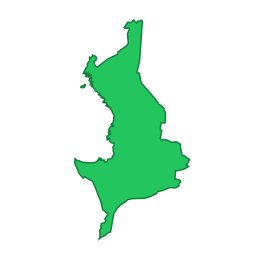 map outline of Atyrau (Albers equal-area conic projection), rotated 83°
{"feature_id": "KAZ-3198", "entity_name": "Atyrau", "entity_type": "Region", "adm_level": 1, "iso_a3": "KAZ", "parent_name": "Kazakhstan", "parent_adm1": "", "projection": "albers", "projection_center": [51.054, 47.461], "detail": "fine", "context": "isolated", "style": "filled", "palette": "green", "viewbox_px": 256, "rotation_deg": 83, "n_neighbors": 0, "source": "natural_earth", "source_scale": "10m", "svg_char_len": 5864}
<svg xmlns="http://www.w3.org/2000/svg" viewBox="0 0 256 256"><g transform="rotate(83 128 128)"><path d="M28.0,119.5L24.1,116.4L23.3,115.6L23.0,115.1L22.9,114.7L23.1,114.3L23.4,113.7L23.8,113.3L23.9,113.0L23.8,112.8L23.1,111.5L21.7,109.5L21.5,109.1L21.9,108.9L23.7,107.9L24.6,107.1L24.9,106.5L24.6,106.0L23.4,105.8L23.0,105.4L23.1,104.8L23.3,104.2L23.4,103.7L23.3,103.0L22.7,102.2L22.6,101.9L22.7,101.7L23.1,101.4L23.5,100.7L62.8,108.3L74.3,112.6L74.9,110.1L85.0,109.4L103.0,97.0L104.7,96.6L105.7,95.6L106.9,95.1L107.9,95.0L110.1,92.1L112.5,90.1L114.7,89.9L117.1,89.0L125.6,90.0L127.2,90.5L127.5,91.6L126.8,94.2L130.3,95.5L132.1,95.8L134.0,95.9L134.8,94.8L142.5,97.2L143.9,96.5L143.9,95.1L144.5,91.2L147.7,86.0L147.4,82.0L150.6,77.9L151.8,78.2L159.5,78.0L161.9,77.3L162.6,76.8L162.3,75.8L162.8,75.0L166.9,70.8L168.4,72.2L171.0,73.4L171.1,74.3L172.0,74.8L173.5,72.5L175.3,76.4L176.1,80.1L176.2,83.2L176.5,84.8L176.1,86.0L184.3,87.6L185.2,84.6L186.1,83.0L187.0,82.3L188.2,82.5L188.9,83.7L190.0,84.4L191.9,84.5L193.2,88.1L193.1,89.9L192.7,90.7L192.3,94.8L193.5,98.3L194.4,102.3L194.6,105.9L196.9,108.4L199.3,116.5L199.7,120.4L198.7,132.0L198.9,136.7L200.9,139.4L203.1,144.3L206.1,148.3L211.0,152.4L229.0,158.0L229.8,161.4L231.9,164.1L232.5,165.7L233.1,167.8L234.5,170.0L231.9,169.0L230.7,169.1L228.9,168.5L226.6,168.8L225.2,168.0L224.3,166.6L222.1,167.0L219.5,166.0L219.2,162.8L217.2,161.1L215.7,162.1L210.9,158.4L205.9,163.1L198.1,163.9L180.4,168.4L179.6,169.1L178.3,169.0L176.5,169.7L173.0,174.7L170.9,177.0L172.4,178.6L167.4,182.0L156.1,185.2L152.0,184.3L152.3,183.9L152.5,183.8L153.1,183.5L153.3,183.3L154.0,182.2L154.3,181.6L154.7,180.3L155.1,179.7L155.7,178.9L155.9,178.6L156.4,177.2L156.8,176.3L156.9,175.8L156.8,175.2L156.8,175.4L156.7,174.9L156.8,174.5L157.3,173.7L157.5,173.2L157.6,172.7L157.7,170.4L158.3,167.5L158.2,165.2L157.6,163.4L156.5,162.1L155.3,161.0L155.8,161.0L156.5,161.6L156.9,161.8L156.9,161.6L156.5,161.3L156.3,160.8L156.3,160.2L156.4,159.6L156.0,159.8L155.5,160.3L155.0,160.7L154.5,160.5L154.5,159.9L154.7,159.0L155.4,157.6L155.4,158.2L155.7,158.5L156.1,158.5L156.5,158.2L156.7,157.7L156.7,156.5L156.9,155.9L157.1,156.6L157.3,156.4L157.7,155.5L157.9,155.4L158.6,155.4L159.0,155.2L159.1,154.7L159.1,153.4L158.6,152.7L157.9,152.4L157.2,152.3L156.7,152.1L156.6,151.7L156.6,150.6L156.1,148.3L155.7,147.4L155.6,147.0L155.4,146.8L154.4,147.0L154.0,146.9L153.6,146.5L152.7,145.2L152.4,144.9L151.3,145.0L149.3,145.5L148.0,145.3L145.5,145.3L144.9,145.2L144.5,144.9L143.7,144.1L143.3,143.9L141.9,143.7L141.4,143.8L141.2,144.1L141.1,144.5L141.1,145.3L141.1,145.6L140.1,147.0L139.7,147.3L137.6,148.1L136.9,148.2L136.2,147.6L135.9,147.7L135.7,148.0L135.8,148.4L136.7,148.9L137.0,149.4L137.1,149.7L137.2,150.1L134.2,150.1L133.6,149.8L133.3,149.5L133.2,149.3L133.2,148.8L132.8,148.6L132.0,147.8L131.8,147.7L131.6,147.5L131.6,147.1L132.1,146.3L132.0,146.0L131.6,145.9L131.2,146.4L130.7,147.7L130.3,147.9L129.6,147.9L128.8,147.7L128.3,147.4L129.0,146.4L129.2,146.2L128.8,146.1L128.2,146.3L127.2,147.0L126.8,147.0L126.3,146.7L125.8,146.4L125.5,145.9L124.6,145.2L124.3,144.7L124.7,143.3L124.7,142.6L124.3,142.1L123.8,142.0L123.3,142.4L123.2,143.0L123.0,143.7L122.8,144.4L122.4,144.4L121.9,143.8L121.3,142.7L120.9,142.2L120.3,142.0L118.9,141.7L117.6,141.2L114.7,140.6L113.8,140.0L113.2,140.2L112.2,140.9L111.3,141.4L108.4,142.1L107.9,142.3L107.3,143.2L106.9,143.4L106.6,143.3L106.1,142.8L105.8,142.7L105.6,142.8L105.4,143.1L105.4,143.3L105.5,143.4L105.4,143.7L103.6,146.8L103.2,147.1L102.9,146.6L103.0,146.2L103.5,145.5L103.6,145.1L103.4,144.9L103.1,145.0L102.3,145.9L101.8,146.2L101.1,146.4L100.7,146.2L100.4,146.1L100.2,146.8L100.1,148.4L99.9,148.9L99.6,149.4L99.3,149.7L98.9,149.5L99.3,148.9L99.5,148.4L99.5,148.0L99.0,147.9L98.2,148.1L97.8,148.5L97.6,148.4L96.7,147.6L96.4,147.4L96.1,147.4L95.8,147.9L95.1,150.0L94.7,150.4L94.8,149.9L94.9,148.8L94.6,149.0L94.1,150.1L93.9,150.2L93.5,150.3L93.1,150.5L92.1,152.5L91.6,153.0L91.2,152.9L91.2,152.6L91.3,152.2L91.4,151.8L91.2,151.7L90.9,151.8L90.2,152.2L88.1,154.4L87.5,155.5L87.1,156.0L86.6,156.1L85.8,156.0L85.5,156.1L85.2,156.3L84.7,157.0L83.9,157.4L83.6,157.9L83.3,157.9L82.6,157.7L82.3,158.0L82.3,158.6L82.1,159.0L81.5,158.8L81.3,158.3L81.1,158.1L80.8,158.2L80.8,158.9L80.7,159.3L80.5,159.1L80.1,158.5L79.8,158.3L79.5,158.3L79.5,158.6L79.5,159.4L79.5,159.7L78.0,157.7L77.7,157.5L77.6,158.2L77.8,159.6L77.3,159.4L77.1,159.6L76.9,160.0L76.7,160.3L76.5,159.5L76.2,159.1L74.9,158.5L74.5,158.2L74.2,157.8L74.2,157.1L74.2,158.1L74.3,158.7L74.6,159.1L74.8,159.9L75.0,160.3L74.7,160.2L73.9,159.9L74.0,159.1L73.5,158.5L73.3,158.4L73.2,158.5L73.1,158.9L72.4,158.7L71.6,158.4L70.9,157.9L70.5,157.2L70.7,158.1L72.1,159.8L72.4,160.9L72.0,160.7L71.1,160.6L70.8,160.2L70.5,159.7L70.3,159.3L69.8,159.3L69.8,159.5L70.2,159.9L70.3,160.6L70.4,161.2L71.0,161.6L71.8,162.5L71.9,163.1L71.9,163.5L71.8,163.8L70.8,163.1L70.4,162.6L69.5,161.3L69.2,161.1L68.5,161.0L69.0,161.5L69.1,161.8L69.1,162.3L69.2,162.6L70.1,163.5L69.7,163.8L69.4,163.5L67.6,162.9L67.4,162.9L67.2,163.0L67.3,163.4L67.5,163.6L67.9,163.7L68.3,164.0L68.4,164.7L68.5,165.8L64.2,163.1L62.5,161.7L61.6,160.8L61.1,160.5L60.5,160.5L59.9,160.6L59.4,160.5L58.0,159.4L57.4,158.7L56.8,158.1L55.9,157.8L53.8,157.7L53.1,157.4L53.6,156.6L53.3,156.4L53.1,155.4L52.9,155.1L52.1,154.5L51.7,154.3L51.3,154.3L51.8,153.5L52.5,151.9L53.7,151.0L55.1,150.8L56.4,151.2L56.8,151.7L57.2,152.2L57.7,153.5L58.3,153.8L61.8,153.2L62.5,152.7L63.9,151.1L57.2,139.9L54.1,130.9L53.9,130.1L53.7,129.5L53.3,129.3L52.5,129.2L51.7,128.9L51.2,128.3L50.1,126.7L46.2,119.3L44.9,118.0L43.4,117.3L34.6,117.1L29.9,114.6L29.4,114.5L29.0,114.8L28.9,115.3L28.8,117.3L28.6,118.8L28.4,119.4L28.0,119.5ZM82.1,166.5L82.5,167.4L82.5,168.2L82.0,169.7L81.6,169.9L81.1,169.5L80.8,168.7L79.8,165.7L79.8,165.0L80.5,165.0L81.4,165.7L81.9,166.1L82.1,166.5Z" fill="#22c55e" stroke="#15803d" stroke-width="1.5"/></g></svg>